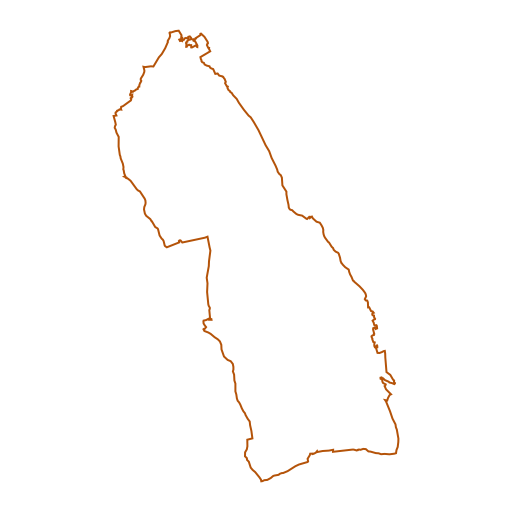 outline of Izvoru Berheciului, Bacau, Romania
{"feature_id": "2599482B69933223612688", "entity_name": "Izvoru Berheciului", "entity_type": "district", "adm_level": 2, "iso_a3": "ROU", "parent_name": "Romania", "parent_adm1": "Bacau", "projection": "albers", "projection_center": [27.223, 46.591], "detail": "fine", "context": "isolated", "style": "outline", "palette": "amber", "viewbox_px": 512, "rotation_deg": 0, "n_neighbors": 0, "source": "geoboundaries", "source_scale": "gbopen_adm2", "svg_char_len": 5985}
<svg xmlns="http://www.w3.org/2000/svg" viewBox="0 0 512 512"><path d="M384.8,350.9L383.5,351.2L382.1,352.0L379.5,353.0L377.5,352.9L376.3,348.9L376.7,347.1L377.3,347.1L377.3,345.9L377.0,345.4L375.9,346.4L375.9,348.0L374.9,347.3L374.3,345.9L374.3,343.9L374.7,342.4L373.3,342.0L372.3,339.3L372.4,338.6L371.8,337.6L371.5,336.3L372.5,335.4L373.9,335.0L373.9,333.8L374.2,333.7L373.1,329.6L373.2,328.2L375.1,327.6L375.6,329.0L377.1,328.4L376.8,325.8L376.4,325.2L374.5,325.4L373.9,323.9L373.8,322.9L372.6,320.7L374.0,319.5L375.0,319.2L375.1,318.8L374.1,317.3L374.0,315.6L373.1,315.5L372.3,314.8L372.3,313.8L372.7,313.5L372.7,312.9L373.6,312.7L372.7,311.5L371.0,311.0L369.2,307.3L368.1,307.4L367.9,302.3L367.2,300.6L365.7,300.4L364.8,299.1L366.1,296.4L366.0,295.3L365.4,293.4L364.4,291.9L362.8,289.8L359.5,286.3L354.2,281.7L353.8,281.0L353.0,280.6L351.5,276.9L350.1,274.4L349.2,271.9L348.7,269.6L345.2,267.2L342.7,264.6L341.8,263.3L341.5,263.2L340.6,261.0L340.0,257.6L338.7,253.6L338.1,252.8L335.6,251.6L333.7,249.8L333.1,248.1L331.7,246.8L329.0,242.5L328.1,241.9L325.1,237.8L324.3,236.4L323.6,234.3L323.2,231.9L323.3,229.9L322.8,227.8L321.5,225.3L319.8,222.7L316.5,221.7L312.9,218.4L311.9,216.6L310.0,217.9L309.9,216.8L309.3,216.8L307.1,219.0L306.5,218.8L302.1,215.6L298.1,214.8L296.4,214.0L293.3,211.4L292.2,210.2L290.3,209.7L289.5,208.9L288.8,207.6L288.5,204.8L287.4,199.9L286.4,194.2L286.4,191.6L282.4,185.4L281.9,177.7L280.8,175.2L279.3,174.0L277.7,171.7L277.2,169.6L275.6,165.8L271.6,157.9L269.2,151.2L265.6,145.2L258.5,130.2L253.8,122.1L250.7,117.3L248.6,115.6L243.9,109.8L238.9,102.8L236.7,98.9L233.2,95.3L231.6,92.8L230.3,92.1L230.1,91.3L228.4,89.9L227.4,87.8L227.8,86.6L226.8,86.2L225.1,83.2L225.4,82.4L225.8,81.9L224.6,78.9L224.0,78.3L223.3,77.0L222.6,76.8L222.5,76.4L219.2,75.6L217.6,73.5L215.3,73.9L213.2,69.1L211.2,68.4L210.0,67.5L209.5,66.3L206.7,65.6L204.6,64.5L203.9,62.9L202.2,62.2L201.5,61.2L201.5,60.2L200.9,59.2L200.4,57.1L210.2,51.3L209.0,48.9L209.1,47.9L208.2,47.8L206.9,45.0L207.5,43.5L207.9,43.4L207.9,42.7L207.6,41.8L204.5,36.9L201.0,33.6L200.4,33.8L200.3,35.2L195.6,38.2L195.8,38.6L194.7,39.2L194.7,39.6L193.4,39.2L193.0,39.4L193.4,40.7L195.2,41.4L197.4,45.5L197.3,47.0L196.8,46.8L196.3,45.4L195.8,45.4L191.9,47.5L191.2,47.4L191.2,45.1L189.6,45.1L189.1,44.7L187.5,45.5L186.7,46.8L186.2,46.8L186.5,43.7L186.1,43.5L186.1,42.6L186.4,42.1L187.4,41.7L187.4,40.7L189.0,39.4L189.2,39.8L191.7,39.1L191.0,37.7L189.8,36.4L188.3,36.8L188.2,37.8L187.0,38.3L186.0,37.9L184.4,38.5L184.1,39.6L182.5,40.3L182.2,41.1L181.4,40.7L180.0,41.0L179.3,39.6L182.1,38.6L182.1,37.8L181.4,37.9L181.2,37.5L181.5,35.2L178.7,30.7L175.4,31.1L171.0,32.5L170.1,32.3L169.5,32.9L169.9,34.3L170.1,36.1L169.4,38.1L167.8,40.7L167.7,41.7L167.9,42.0L165.2,48.2L161.8,54.0L158.9,57.3L153.4,66.5L150.9,66.3L145.0,67.1L143.5,66.8L144.4,70.5L144.3,71.9L143.2,74.8L140.8,78.6L140.7,79.9L141.3,80.9L140.5,82.6L140.2,82.7L139.4,84.9L139.3,86.6L138.6,86.7L137.7,88.3L137.8,88.9L135.8,89.7L135.0,90.5L133.3,91.3L133.1,91.7L132.0,91.9L131.6,91.1L131.1,91.0L131.1,92.4L130.1,94.4L130.2,95.3L131.1,95.6L132.2,94.9L132.1,96.3L132.4,96.6L132.3,97.0L130.7,98.1L130.7,98.4L131.3,98.9L130.9,100.4L122.9,106.2L121.2,106.8L120.9,108.7L121.2,109.6L119.5,109.4L119.3,109.8L117.2,110.7L117.3,111.1L115.6,112.5L115.5,113.3L116.4,115.5L113.6,116.0L115.3,122.2L115.8,124.7L115.0,126.2L114.7,127.8L115.7,129.6L116.5,132.7L118.7,136.9L118.6,146.4L119.8,154.9L120.4,156.4L120.7,158.4L122.8,163.6L123.5,167.1L123.3,169.4L123.7,170.3L124.2,173.3L125.3,176.1L124.3,176.6L126.7,177.6L126.8,177.8L126.5,178.1L128.0,178.7L130.6,180.8L136.7,189.2L138.1,190.5L139.9,191.4L144.7,198.7L145.4,200.5L145.6,202.9L145.4,204.3L144.3,207.0L144.0,209.4L144.9,213.6L146.2,215.8L150.3,219.1L151.6,221.3L151.9,221.3L155.2,227.0L157.5,228.4L158.0,229.1L159.6,235.5L161.7,238.7L162.8,239.6L163.6,241.0L164.7,245.5L165.1,246.1L166.8,247.3L179.2,242.4L178.9,241.0L179.5,240.4L180.5,240.4L182.3,242.5L204.9,237.7L207.5,236.7L209.6,247.4L210.4,250.6L209.0,261.3L208.8,266.1L206.7,277.7L207.5,283.3L207.1,292.0L208.3,304.3L208.7,305.8L209.8,307.7L209.8,308.8L209.3,310.1L210.1,318.7L211.4,319.1L211.5,319.8L208.6,319.7L208.3,318.9L206.0,320.1L203.6,320.6L203.4,321.4L203.6,323.5L204.7,325.3L206.1,327.1L204.4,329.2L203.9,329.2L203.1,328.5L204.4,331.0L208.3,332.5L210.7,333.9L214.6,337.2L217.8,339.3L219.9,341.4L221.3,344.8L221.5,349.4L224.0,356.5L227.6,359.9L230.7,361.2L232.8,363.9L233.4,366.9L233.4,369.6L232.9,371.4L234.1,374.6L234.4,380.5L235.4,383.6L235.4,391.4L236.3,394.4L236.9,398.5L237.7,400.8L239.1,402.4L240.3,404.6L241.8,408.3L243.4,411.3L245.0,413.3L245.5,414.9L247.7,418.8L249.7,421.5L250.1,425.2L251.4,431.0L252.4,438.4L247.3,439.7L247.4,446.3L246.8,449.4L245.1,452.3L245.0,456.3L246.9,458.2L247.0,459.8L248.8,461.7L250.7,467.6L252.6,469.9L255.2,472.1L259.4,477.3L261.0,479.7L261.3,481.3L262.5,481.1L264.3,480.2L267.3,479.9L270.8,478.0L273.0,476.1L274.2,475.6L278.7,474.8L279.6,473.9L281.7,473.1L283.2,473.0L287.7,471.1L295.4,466.2L299.0,464.5L307.6,462.0L308.1,461.4L307.6,458.8L309.8,455.2L310.2,453.7L312.8,453.6L312.8,454.0L313.6,453.8L315.8,452.7L317.1,451.1L317.5,452.0L322.7,451.0L328.9,450.6L333.1,449.8L333.0,451.8L352.3,449.6L353.7,449.6L356.8,450.5L357.5,449.9L358.0,450.1L358.9,449.5L360.5,449.8L363.2,448.9L365.8,449.1L368.4,451.4L370.5,451.6L375.8,453.1L378.6,453.3L381.1,454.2L384.6,453.9L389.5,454.3L394.3,453.7L396.0,453.2L396.5,450.0L397.7,447.0L398.3,442.1L398.4,438.6L396.8,429.5L395.9,427.3L395.5,424.4L392.5,418.6L390.0,411.2L386.0,401.4L385.1,400.1L387.2,400.5L388.0,398.0L389.4,395.4L389.9,394.8L391.0,394.3L386.1,389.4L384.6,386.1L385.3,385.6L385.7,384.4L383.1,383.0L382.4,381.7L382.3,380.2L381.5,379.1L380.6,378.8L380.5,378.3L380.5,377.7L381.6,377.4L382.5,378.3L383.1,378.3L384.9,380.1L388.7,381.7L389.4,382.5L392.0,383.1L394.3,384.1L394.9,383.5L395.0,383.1L394.1,382.2L394.0,381.4L394.1,380.5L393.1,379.7L390.3,374.9L386.5,372.1L385.3,357.4L385.2,353.8L384.8,350.9Z" fill="none" stroke="#b45309" stroke-width="2"/></svg>